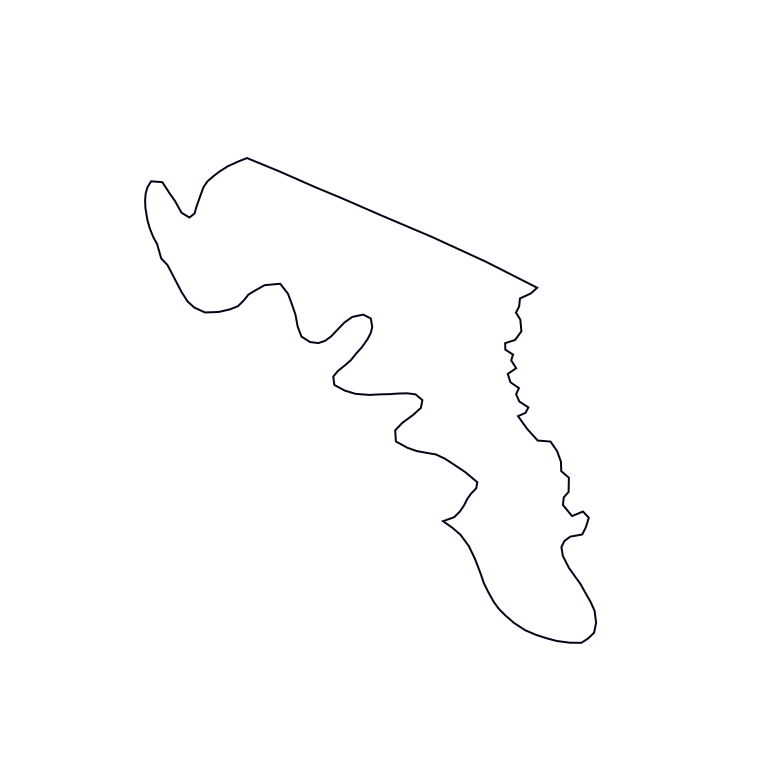 Águas de Chapecó, Santa Catarina, Brazil, rotated 297°
{"feature_id": "56859067B84087976866977", "entity_name": "Águas de Chapecó", "entity_type": "district", "adm_level": 2, "iso_a3": "BRA", "parent_name": "Brazil", "parent_adm1": "Santa Catarina", "projection": "equal_earth", "projection_center": [-52.97, -27.053], "detail": "fine", "context": "isolated", "style": "outline", "palette": "ink", "viewbox_px": 768, "rotation_deg": 297, "n_neighbors": 0, "source": "geoboundaries", "source_scale": "gbopen_adm2", "svg_char_len": 2186}
<svg xmlns="http://www.w3.org/2000/svg" viewBox="0 0 768 768"><g transform="rotate(297 384 384)"><path d="M463.2,94.9L458.9,84.5L452.0,83.9L445.7,85.1L439.1,87.8L432.4,91.6L422.5,98.9L416.1,104.9L410.0,111.9L405.7,118.3L394.7,128.5L391.8,136.9L387.5,143.0L382.5,150.0L373.9,162.1L368.3,171.7L366.0,180.2L366.5,192.1L373.2,204.1L380.6,212.9L387.1,218.6L395.1,221.2L402.1,222.6L408.0,226.2L417.8,232.7L426.2,246.0L420.8,257.5L412.7,266.3L405.6,273.6L396.0,281.0L388.8,288.9L387.8,299.1L390.7,307.0L395.6,311.8L402.7,315.4L412.3,318.2L420.8,320.8L429.4,325.3L436.4,334.0L436.4,342.5L429.5,347.6L423.7,349.0L416.5,349.0L406.6,347.6L398.7,345.4L390.4,343.7L383.1,340.8L374.9,337.1L367.6,335.4L360.6,340.2L360.3,351.8L362.3,363.1L367.7,376.1L373.0,385.2L377.5,393.6L381.9,400.9L386.1,408.6L389.1,416.7L387.1,425.5L379.5,427.7L369.9,424.1L358.0,418.1L347.8,415.0L338.2,420.7L337.8,433.9L339.1,443.6L342.4,454.6L344.8,462.2L345.1,472.3L343.7,485.1L342.4,496.3L338.8,511.8L332.9,513.5L325.7,511.3L319.6,510.4L311.8,510.4L304.8,509.5L297.2,507.0L288.6,498.9L286.9,510.4L284.4,520.6L278.0,533.3L269.4,544.5L262.8,551.9L258.2,556.9L251.9,563.4L246.2,571.0L239.7,580.7L235.7,588.6L232.8,597.5L230.1,608.4L228.7,621.6L229.5,633.2L231.1,643.5L233.4,654.4L237.8,666.9L243.0,677.4L250.0,681.4L257.8,684.1L267.5,681.4L277.4,674.7L283.7,666.9L289.0,658.8L295.2,649.5L299.2,641.6L304.1,632.3L312.1,621.3L319.3,616.1L326.0,616.0L332.5,619.2L339.9,628.9L348.1,628.9L357.8,627.2L360.7,619.2L351.7,611.5L357.4,598.4L364.6,595.6L371.6,597.5L384.4,591.3L386.8,581.5L395.0,577.0L402.7,568.8L408.3,558.5L403.4,546.6L408.9,532.1L416.2,518.0L422.6,523.2L428.7,523.3L429.8,512.6L434.8,506.4L441.6,506.1L443.0,495.8L449.2,489.7L458.1,494.6L462.8,486.6L468.8,485.6L469.7,476.5L475.4,473.4L482.7,480.8L493.3,482.5L503.2,476.3L507.5,469.2L514.4,469.2L522.0,466.3L531.3,473.7L539.3,476.8L539.2,419.3L536.8,360.2L534.5,327.0L533.0,305.3L530.3,261.2L528.2,234.1L525.9,193.8L523.1,159.3L516.0,153.1L507.3,146.1L498.5,140.9L492.0,137.8L484.4,134.7L477.5,133.8L469.9,134.7L463.2,135.6L456.9,136.4L449.9,137.8L444.0,135.0L444.7,125.7L452.0,115.0L456.6,106.3L463.2,94.9Z" fill="none" stroke="#020617" stroke-width="2"/></g></svg>